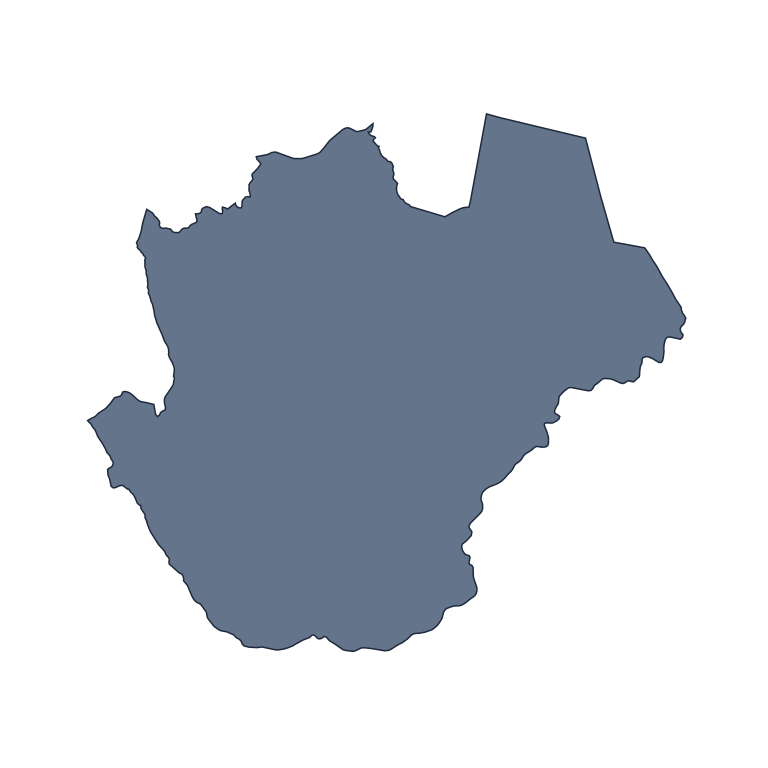 outline of Matungulu, Eastern, Kenya, rotated 192°
{"feature_id": "3690345B24621984513520", "entity_name": "Matungulu", "entity_type": "district", "adm_level": 2, "iso_a3": "KEN", "parent_name": "Kenya", "parent_adm1": "Eastern", "projection": "orthographic", "projection_center": [37.26, -1.206], "detail": "fine", "context": "isolated", "style": "filled", "palette": "slate", "viewbox_px": 768, "rotation_deg": 192, "n_neighbors": 0, "source": "geoboundaries", "source_scale": "gbopen_adm2", "svg_char_len": 6168}
<svg xmlns="http://www.w3.org/2000/svg" viewBox="0 0 768 768"><g transform="rotate(192 384 384)"><path d="M212.0,365.9L214.7,371.0L218.1,376.1L219.0,378.1L217.9,379.6L212.2,380.6L210.7,381.1L207.3,383.9L205.6,386.2L205.3,388.8L207.5,389.9L210.0,390.6L211.4,391.9L211.6,393.8L210.3,398.8L209.6,400.2L209.5,402.0L210.0,406.6L210.0,408.3L208.5,411.1L206.3,414.5L202.9,418.4L201.2,419.3L198.8,419.5L182.9,419.8L180.2,420.7L178.8,423.0L178.1,425.8L177.0,427.4L175.7,428.6L171.4,434.3L168.9,435.4L164.4,436.0L161.7,436.0L152.6,434.1L150.5,434.1L148.6,435.2L146.6,437.5L144.2,438.1L142.3,437.8L140.3,438.0L135.9,444.0L135.8,445.6L136.5,449.5L136.9,454.1L136.2,457.9L136.2,459.7L136.7,461.7L136.1,463.7L133.1,465.4L131.0,465.5L126.8,464.7L119.4,462.2L117.3,462.8L116.4,464.7L116.3,467.8L116.9,474.2L117.5,475.9L118.2,480.2L118.2,484.1L118.0,486.2L117.1,488.1L115.7,489.1L113.3,489.5L103.4,489.4L101.8,491.7L101.7,494.3L103.7,495.9L105.2,497.9L105.7,499.7L105.4,501.6L103.4,504.8L102.6,507.4L102.8,509.2L102.4,511.0L103.8,512.7L106.8,515.6L108.7,518.8L109.2,520.7L116.6,527.9L120.1,532.2L127.3,540.2L133.9,546.8L141.6,555.8L147.2,561.2L150.7,565.2L157.2,571.4L188.7,570.5L211.1,612.7L238.0,666.4L325.4,668.6L339.9,669.5L337.5,580.7L337.7,574.5L339.5,574.2L343.4,572.8L346.7,570.7L353.2,565.5L359.2,560.2L395.1,563.1L396.3,564.4L400.0,565.3L401.9,566.4L403.7,568.5L405.3,568.3L406.7,569.2L407.9,570.5L409.7,572.0L411.3,574.5L412.1,576.6L412.8,580.2L412.4,583.0L415.7,585.4L417.3,586.3L418.2,588.3L417.9,591.4L420.1,595.8L420.1,598.7L422.3,601.8L424.0,602.8L426.5,602.6L428.5,604.4L430.6,605.1L432.6,606.2L434.4,607.7L435.9,609.7L437.0,612.0L438.5,613.5L438.2,615.4L439.9,615.5L445.2,619.4L444.8,621.4L443.6,623.1L444.9,624.0L447.0,624.1L448.8,624.5L450.4,625.5L451.7,627.2L449.2,627.9L448.4,633.3L448.9,636.4L454.5,629.4L456.2,628.3L462.1,625.5L463.8,625.3L470.8,627.1L473.2,627.0L475.1,626.1L477.3,624.3L487.7,611.0L492.3,601.6L494.7,597.4L495.9,596.2L498.0,594.7L510.3,587.8L512.6,587.1L518.0,586.0L520.0,585.8L537.3,588.3L539.0,588.2L542.1,587.0L544.4,585.1L546.6,583.8L556.2,579.8L555.0,577.4L551.7,575.1L550.3,573.9L551.2,571.3L552.6,568.3L556.2,562.7L556.7,561.2L554.7,556.8L556.6,553.5L557.5,550.9L556.9,548.7L556.3,545.1L555.1,543.4L554.2,541.2L553.9,539.1L556.5,538.9L558.5,537.9L560.7,534.0L560.6,531.9L559.8,528.4L560.4,526.5L562.7,526.2L564.8,527.0L566.2,528.3L567.1,530.0L573.4,522.6L575.6,523.3L578.8,523.5L578.6,521.3L577.7,519.7L577.7,517.0L580.0,516.4L591.2,520.4L594.6,520.6L598.0,518.1L598.6,516.6L598.5,515.0L599.0,513.3L601.0,512.0L603.8,511.2L601.4,506.2L600.6,504.0L602.1,502.4L605.5,500.0L606.9,498.2L607.5,496.3L609.3,495.5L611.7,495.0L613.4,494.0L615.9,489.6L619.4,488.8L621.7,488.7L623.5,489.9L624.9,491.1L629.9,491.2L632.0,490.4L634.4,490.3L636.0,491.4L636.9,493.0L636.9,495.1L637.8,496.6L640.9,499.4L643.0,500.3L644.7,502.1L646.3,503.3L652.4,505.5L653.5,491.4L653.3,483.9L653.5,480.5L654.2,474.7L655.5,470.9L653.9,468.4L653.8,466.4L652.3,465.0L650.2,464.1L648.9,462.4L646.8,461.3L646.0,459.8L644.5,459.1L643.4,457.6L643.8,456.0L642.2,449.2L641.4,447.4L640.5,446.1L639.2,441.6L637.3,438.3L636.9,436.1L635.5,431.7L635.6,429.6L633.7,426.8L633.3,423.6L631.8,421.9L628.6,415.9L627.2,414.3L624.3,408.0L622.3,402.7L620.2,399.1L619.1,396.8L611.3,386.1L607.5,380.1L603.4,375.9L602.1,373.4L601.1,370.1L600.9,368.0L599.5,365.4L595.4,360.7L593.4,357.7L592.4,355.8L591.9,353.7L591.5,347.8L590.2,346.3L590.2,342.7L590.0,340.0L590.5,337.8L595.4,325.9L595.6,323.5L595.1,320.6L592.6,315.0L592.8,312.9L594.8,311.6L596.6,309.6L597.2,306.9L598.8,305.1L600.5,306.2L601.4,307.6L604.9,316.2L612.7,316.4L617.7,316.2L619.3,316.4L622.2,317.6L627.8,321.0L630.6,322.3L632.9,322.8L635.6,322.9L637.9,321.9L638.9,317.6L644.7,314.6L647.8,307.8L651.3,302.0L657.3,296.0L659.8,292.0L662.8,289.8L666.3,286.7L664.4,285.1L662.6,284.2L659.8,281.1L657.6,279.5L655.4,276.7L653.2,273.3L646.8,267.0L642.8,262.4L640.7,259.3L637.0,256.7L635.8,254.5L632.6,251.2L632.4,248.4L633.4,246.1L635.2,244.7L636.6,242.9L635.0,237.5L632.5,233.8L629.7,227.2L627.3,226.1L625.1,226.8L622.3,229.0L619.2,230.5L617.6,230.1L613.3,227.9L611.7,228.0L609.4,225.7L605.9,223.5L603.8,221.0L600.5,216.1L598.4,214.9L596.5,214.4L596.1,212.3L595.2,211.0L591.3,207.3L590.4,206.0L590.0,203.6L588.0,201.0L586.0,197.3L581.7,190.9L571.2,180.1L565.1,175.8L563.2,174.0L562.1,172.2L560.7,170.8L558.9,169.7L557.5,167.8L557.4,165.3L556.7,163.3L544.8,156.5L542.1,156.0L540.6,154.2L539.6,152.3L539.1,149.8L534.3,146.0L528.3,137.3L525.6,134.0L523.5,132.4L521.6,131.5L517.7,130.5L515.3,128.4L510.3,123.8L508.4,119.2L507.1,117.6L499.6,111.4L494.3,109.2L492.4,108.8L485.9,108.9L478.3,107.2L476.6,105.6L474.8,104.8L472.7,104.3L470.6,103.1L468.4,100.0L466.5,98.7L461.4,98.5L453.1,99.8L449.4,101.2L447.6,101.4L435.4,101.4L433.2,101.6L427.6,103.6L423.4,105.8L418.7,109.0L417.1,110.6L410.6,116.2L408.4,117.8L404.1,120.5L401.9,123.7L399.8,123.8L396.5,121.6L394.9,121.1L392.9,121.8L391.3,123.0L390.0,124.7L388.0,124.5L383.8,121.5L378.1,119.5L369.0,115.6L366.3,115.4L358.3,116.1L355.7,117.7L351.6,120.9L349.7,121.6L347.0,122.1L339.6,122.7L327.7,123.2L323.8,124.6L322.3,125.7L316.6,131.3L312.1,135.0L308.2,139.3L305.0,144.1L302.9,145.9L300.7,146.8L298.3,147.3L292.4,149.7L286.1,153.5L284.5,155.2L282.1,158.3L280.7,160.9L279.3,164.5L278.5,167.2L278.3,172.6L277.7,174.9L276.3,177.3L271.4,180.4L269.3,181.4L264.1,182.8L262.2,183.8L259.4,186.2L253.9,192.8L252.1,194.5L251.2,195.8L250.3,197.9L250.1,200.5L250.5,203.1L251.2,204.9L255.6,212.1L256.6,214.4L258.7,223.0L260.3,224.8L262.2,225.3L263.7,226.3L263.8,232.4L264.9,233.8L267.3,234.0L269.8,234.6L272.6,237.6L273.7,239.7L274.3,241.7L274.1,243.7L270.6,248.0L267.1,253.9L267.3,257.7L270.9,261.1L271.3,263.2L270.4,266.1L263.5,276.7L262.0,279.4L261.6,282.3L262.1,285.1L262.7,287.2L265.1,291.0L265.4,293.0L265.5,296.1L265.0,298.5L262.9,301.9L261.7,303.3L259.0,305.7L253.1,309.5L249.9,312.3L248.4,314.0L246.2,317.3L243.8,321.7L241.4,325.2L240.5,327.3L239.1,332.4L235.4,336.5L234.3,338.2L233.4,340.2L232.8,342.2L231.4,344.8L226.3,349.6L224.9,351.6L222.6,354.2L221.0,354.8L217.4,354.9L214.4,355.5L212.2,356.5L211.0,357.9L210.8,360.1L212.0,365.9Z" fill="#64748b" stroke="#1e293b" stroke-width="1.5"/></g></svg>